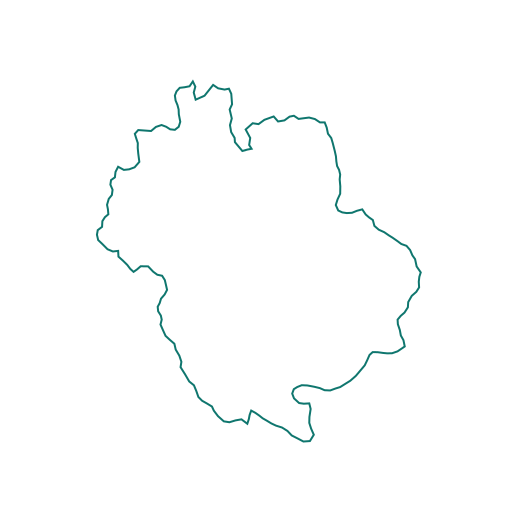 Bueno Brandão, Minas Gerais, Brazil (Albers equal-area conic projection), rotated 131°
{"feature_id": "56859067B48142710212555", "entity_name": "Bueno Brandão", "entity_type": "district", "adm_level": 2, "iso_a3": "BRA", "parent_name": "Brazil", "parent_adm1": "Minas Gerais", "projection": "albers", "projection_center": [-46.355, -22.488], "detail": "fine", "context": "isolated", "style": "outline", "palette": "teal", "viewbox_px": 512, "rotation_deg": 131, "n_neighbors": 0, "source": "geoboundaries", "source_scale": "gbopen_adm2", "svg_char_len": 2927}
<svg xmlns="http://www.w3.org/2000/svg" viewBox="0 0 512 512"><g transform="rotate(131 256 256)"><path d="M388.3,152.5L383.8,154.4L380.2,156.5L375.8,158.2L374.8,153.6L374.3,148.9L374.1,144.4L373.2,139.9L372.3,134.6L370.9,129.6L368.4,123.9L367.4,117.5L368.0,111.3L366.4,104.9L364.9,98.5L360.3,93.9L353.0,95.1L350.1,101.2L347.0,106.3L342.4,110.1L335.6,114.4L332.3,119.1L336.1,123.0L338.7,127.0L338.5,133.9L336.1,138.4L331.7,140.1L327.8,138.9L323.5,136.7L320.0,132.3L316.5,126.3L313.8,121.1L312.3,116.2L308.8,111.8L303.9,109.1L299.7,106.5L294.1,104.8L288.3,103.0L280.9,102.0L274.0,102.1L267.2,102.2L261.7,103.7L256.2,105.4L252.0,104.9L248.8,101.1L245.8,96.5L243.3,93.0L240.1,89.5L235.1,86.6L226.7,84.4L222.8,89.5L221.0,94.5L217.5,98.9L214.4,104.2L211.1,107.4L206.1,107.5L201.3,106.8L195.1,107.7L190.9,110.9L183.9,112.3L177.9,111.5L172.7,112.3L168.6,116.3L164.5,119.1L160.3,120.9L158.5,127.9L154.0,133.9L152.9,138.4L150.4,143.6L149.6,149.1L151.6,154.2L152.0,159.4L152.6,165.0L153.3,169.4L153.9,174.8L155.6,180.6L155.6,186.4L152.2,191.4L152.7,196.1L152.7,200.5L151.1,206.4L155.7,209.5L160.4,211.9L164.1,215.7L166.5,219.5L167.7,223.8L165.2,229.2L160.0,231.5L153.8,233.3L148.1,238.1L143.3,243.1L139.3,245.9L136.5,249.8L134.9,253.8L131.9,257.4L128.3,261.1L124.9,265.7L120.4,272.2L117.6,276.6L116.5,281.9L112.7,286.9L110.1,291.8L113.2,295.4L114.0,301.4L116.7,306.8L124.6,313.8L125.3,319.4L128.8,322.1L135.0,323.5L140.0,327.6L139.1,334.2L147.7,339.0L154.8,340.6L158.0,345.6L167.3,346.8L170.7,337.8L176.7,334.0L178.0,329.7L181.3,332.3L185.7,335.2L183.9,346.6L180.9,349.6L178.8,356.0L174.3,361.5L168.1,364.5L162.7,372.0L157.2,373.6L149.8,381.1L147.5,386.2L151.0,388.9L154.3,394.6L155.0,400.6L168.8,400.0L177.6,404.1L173.5,410.2L168.0,412.9L165.7,418.2L171.5,417.5L175.6,420.7L179.1,423.9L183.9,424.0L188.1,422.5L191.4,418.7L193.6,414.3L196.2,410.5L199.7,407.2L204.4,401.2L209.2,399.1L214.0,400.0L216.7,403.9L217.4,408.6L219.1,413.2L224.2,416.2L230.5,417.2L234.1,422.0L238.2,427.5L243.3,427.6L245.7,423.7L248.3,419.3L252.0,416.2L256.0,412.0L261.5,405.8L268.7,405.8L273.8,408.6L277.7,412.2L279.1,418.6L284.7,417.2L289.2,414.1L293.8,415.2L297.7,412.7L300.1,407.7L304.5,404.8L309.5,404.6L315.1,402.0L317.9,398.4L321.4,394.8L325.8,395.5L330.5,394.8L335.0,391.3L340.3,392.4L344.3,390.0L347.5,385.6L347.8,379.2L348.3,372.5L346.5,367.0L342.6,363.4L346.7,359.4L346.8,353.4L347.2,347.2L348.2,342.5L348.3,338.0L344.3,337.0L339.4,336.3L334.6,330.6L335.3,323.3L334.9,318.2L332.5,313.9L334.0,309.0L336.6,305.4L339.9,300.9L345.0,299.7L350.5,299.7L354.7,297.8L358.8,296.9L361.9,293.6L363.4,288.7L365.9,285.4L370.4,283.1L373.3,276.9L375.6,271.9L375.8,265.9L375.8,260.0L379.3,255.2L381.5,248.5L384.8,242.9L389.4,240.0L391.9,231.7L394.5,224.1L394.3,218.0L397.1,212.4L400.2,207.0L400.6,201.7L399.5,196.3L398.5,190.5L400.4,186.3L401.8,179.6L401.9,171.8L398.9,167.0L393.5,163.6L388.8,159.8L388.3,152.5Z" fill="none" stroke="#0f766e" stroke-width="2"/></g></svg>